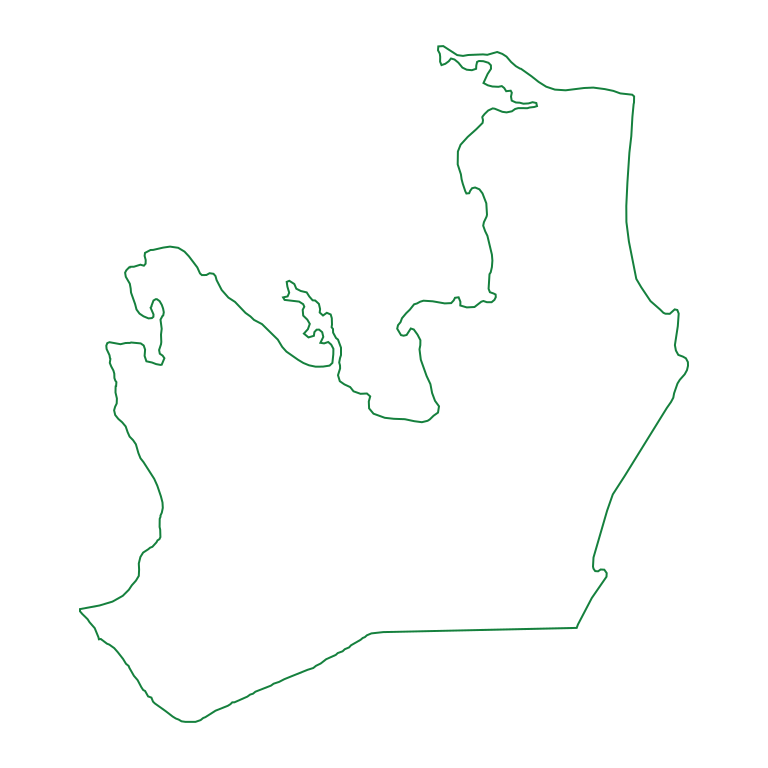 outline of Cidade De Inhambane, Inhambane, Mozambique
{"feature_id": "85939544B19302565001464", "entity_name": "Cidade De Inhambane", "entity_type": "district", "adm_level": 2, "iso_a3": "MOZ", "parent_name": "Mozambique", "parent_adm1": "Inhambane", "projection": "mercator", "projection_center": [35.448, -23.874], "detail": "fine", "context": "isolated", "style": "outline", "palette": "green", "viewbox_px": 768, "rotation_deg": 0, "n_neighbors": 0, "source": "geoboundaries", "source_scale": "gbopen_adm2", "svg_char_len": 6059}
<svg xmlns="http://www.w3.org/2000/svg" viewBox="0 0 768 768"><path d="M98.9,639.3L100.8,639.0L107.0,643.7L109.3,644.6L114.2,648.1L117.8,652.2L123.1,659.0L126.0,663.8L128.6,665.9L129.4,667.9L133.9,675.8L137.6,680.1L141.4,687.3L143.2,690.0L145.1,691.0L148.1,696.4L151.4,697.6L153.0,701.6L154.8,703.4L165.6,711.1L172.6,716.5L175.8,718.5L178.7,719.6L181.5,721.3L185.6,721.9L195.4,721.9L200.6,720.1L203.2,718.0L205.3,717.2L215.5,710.7L227.8,705.8L230.4,704.2L232.3,702.3L234.5,702.3L247.4,696.6L250.1,694.6L253.0,693.7L255.4,691.7L271.0,685.6L273.6,683.7L279.1,681.9L284.3,679.2L291.2,676.4L307.6,669.8L313.3,668.0L316.0,665.8L320.7,663.5L326.2,659.2L335.8,654.9L337.7,653.1L342.6,651.3L344.8,649.2L349.1,647.4L351.0,645.3L360.6,639.8L362.7,638.0L364.9,637.1L366.9,635.3L371.4,633.4L383.3,632.1L576.7,627.9L577.9,624.6L591.8,598.0L606.5,576.7L606.7,573.1L604.3,569.7L600.6,569.5L598.1,571.3L595.2,571.1L593.5,568.7L593.0,566.6L593.5,557.5L607.1,510.7L612.8,494.4L624.8,475.8L666.8,408.0L671.0,402.0L673.3,397.7L674.1,393.3L677.5,383.5L679.8,379.8L684.7,374.3L687.0,370.1L688.0,365.8L687.9,362.1L685.9,358.3L682.9,356.6L678.3,354.9L675.9,350.5L674.9,345.1L677.8,326.2L678.7,313.6L677.3,310.0L674.7,309.4L669.8,313.8L665.4,313.7L663.4,312.8L660.2,309.6L650.5,301.1L641.2,287.2L636.3,278.9L628.9,241.5L626.4,221.9L626.3,205.9L627.4,182.7L629.4,152.6L631.3,136.1L632.4,116.9L633.6,104.3L634.0,102.5L634.1,96.4L632.2,94.7L620.3,93.4L613.4,90.9L604.8,89.1L593.3,87.6L584.1,88.0L565.6,90.3L554.9,89.6L546.2,86.7L538.6,81.9L531.4,76.2L521.0,68.8L520.0,68.6L515.9,66.2L511.1,62.0L506.5,56.6L502.3,53.9L497.1,52.0L487.3,54.8L483.0,54.4L468.2,55.0L463.0,55.9L457.2,55.1L443.3,46.1L438.3,46.4L438.0,50.3L439.8,53.7L440.2,56.9L440.1,61.7L441.5,65.1L445.3,63.8L448.7,61.3L451.0,58.5L454.5,59.5L458.4,62.7L462.4,67.6L466.7,69.7L471.9,70.2L476.1,68.8L476.3,65.4L477.1,61.9L479.0,61.0L483.3,61.2L488.5,62.8L490.9,65.3L491.0,68.8L487.6,74.0L483.5,83.0L487.8,85.3L492.4,86.5L498.4,86.8L501.8,86.1L504.2,88.0L506.2,91.2L510.7,90.7L511.8,92.7L511.0,96.6L511.7,100.6L515.9,102.5L519.7,102.7L523.4,103.7L528.6,103.4L532.6,102.2L536.3,103.0L537.0,106.1L534.2,107.0L529.7,107.5L527.4,108.2L518.3,108.1L515.1,109.0L511.9,111.3L506.6,112.4L502.3,111.8L494.7,108.7L492.7,108.4L488.2,110.5L484.6,114.0L482.5,116.6L482.3,117.3L483.0,120.1L482.6,122.9L476.2,129.3L467.8,136.8L460.6,144.7L457.9,151.5L457.7,164.4L460.9,174.3L461.6,179.3L462.8,183.8L465.3,191.3L466.4,193.5L469.2,193.2L470.2,190.8L472.1,188.2L475.1,187.5L479.4,189.3L482.5,193.4L486.3,203.3L487.0,214.7L486.6,216.5L483.9,222.2L483.2,225.7L485.2,231.3L487.4,235.8L491.9,254.6L492.4,260.6L491.9,267.1L490.7,272.3L489.5,274.2L488.6,288.8L489.9,292.2L493.6,293.5L495.6,294.5L495.8,297.1L494.4,299.9L491.6,302.2L486.9,302.2L483.4,301.0L481.3,301.7L474.5,307.0L466.8,307.4L460.3,305.5L460.4,301.8L458.6,297.3L455.0,297.8L453.7,300.4L451.2,303.1L444.7,303.4L432.7,301.3L423.5,300.7L420.2,301.7L416.9,303.5L414.1,304.3L409.8,309.7L406.2,313.2L402.0,318.2L400.5,322.2L398.0,325.2L397.2,328.7L401.0,335.1L403.6,335.7L406.6,335.0L410.8,328.5L413.8,329.5L417.5,334.6L420.4,340.2L420.3,345.2L419.5,349.3L420.8,359.7L426.6,376.0L430.4,384.1L432.1,393.0L435.0,400.8L439.0,406.3L438.0,412.6L433.6,415.7L429.8,419.4L427.6,420.8L421.9,422.2L414.3,421.2L404.8,419.2L393.8,418.8L384.8,417.8L373.5,413.7L369.1,408.4L368.8,401.5L370.2,396.4L366.9,393.5L360.5,393.8L353.5,391.3L350.2,387.1L344.4,384.4L339.8,381.2L338.0,375.2L340.1,368.4L340.0,365.4L339.2,362.5L340.0,358.2L341.0,355.1L341.0,347.7L338.0,339.6L336.0,338.0L333.1,332.6L333.0,329.0L331.6,327.2L332.0,324.6L331.8,318.2L330.7,314.5L326.8,312.8L323.0,315.5L319.7,312.5L320.1,309.1L318.9,303.9L315.2,300.5L312.6,300.3L309.3,296.5L306.7,292.4L300.8,291.0L296.3,288.7L294.3,284.0L289.3,280.8L286.7,281.9L287.4,286.7L289.2,292.7L287.6,296.4L283.1,297.4L284.6,299.9L299.1,301.6L303.2,304.2L304.3,306.7L302.7,309.8L303.2,315.6L307.3,319.6L309.8,323.9L307.9,329.2L303.9,333.6L308.5,337.4L313.9,335.8L314.4,332.1L316.6,329.7L319.1,329.6L322.2,332.2L323.3,336.9L320.4,342.8L324.1,343.4L328.2,342.0L331.2,344.6L333.4,348.8L333.3,354.3L332.4,362.9L329.6,365.6L323.0,366.6L315.7,366.7L309.0,365.3L303.4,363.0L298.1,359.8L286.4,351.6L282.2,346.9L277.8,339.6L262.0,324.1L254.0,319.9L250.5,316.5L245.5,312.9L235.0,301.9L228.4,297.6L221.7,290.0L216.6,280.1L215.5,276.1L213.5,273.8L209.6,273.2L206.4,275.0L201.9,275.1L200.0,273.4L197.3,267.4L188.9,256.3L184.5,251.6L178.2,247.8L170.0,246.6L163.2,247.6L153.2,249.9L150.5,250.0L145.0,252.9L144.6,255.9L145.7,260.0L145.6,263.7L143.9,265.7L140.4,264.7L134.0,266.7L130.2,266.8L129.8,267.5L129.1,267.4L126.3,270.3L125.1,272.7L125.8,276.8L129.8,283.7L130.7,288.6L131.0,292.5L135.1,304.1L136.5,309.5L139.5,313.6L143.5,316.3L148.5,318.4L151.9,318.1L153.4,316.8L153.5,314.4L150.6,307.7L151.5,306.5L151.5,305.8L153.5,300.5L155.7,299.2L156.9,299.2L159.6,301.1L161.8,304.9L163.1,308.6L163.8,312.3L163.2,315.5L162.5,315.9L160.5,319.7L161.7,328.8L161.0,334.6L161.3,342.0L161.0,344.3L159.1,350.0L159.8,353.7L162.6,355.6L164.4,358.2L161.7,364.7L160.4,364.9L156.1,364.1L152.0,362.5L146.4,361.3L144.6,355.9L145.1,349.6L143.7,345.5L140.7,343.4L131.1,342.5L130.0,342.9L125.6,343.0L120.5,344.2L109.5,342.2L107.3,343.1L106.3,345.7L106.6,349.0L109.5,355.2L110.0,358.2L110.4,358.8L109.8,362.9L111.2,366.4L113.4,370.5L114.3,373.7L114.4,378.0L115.3,380.6L116.4,382.1L116.1,386.1L115.7,386.2L115.6,386.8L115.5,392.5L116.9,398.5L116.7,403.5L115.1,406.8L114.1,410.3L115.2,415.0L118.3,418.9L122.2,422.3L125.7,426.5L127.6,432.1L129.6,436.6L133.1,440.2L135.9,444.3L138.4,453.1L140.5,458.3L143.5,462.1L154.2,478.8L157.3,485.7L160.9,496.3L162.5,502.5L162.8,507.9L161.8,512.7L160.5,515.5L160.5,516.8L159.7,518.8L159.6,527.0L160.2,529.7L160.4,537.1L159.4,539.2L157.5,540.4L156.5,542.3L152.4,546.8L150.1,547.7L148.2,549.3L143.1,552.6L140.4,557.0L138.8,563.5L139.1,569.6L138.8,575.9L135.9,580.7L131.8,585.3L128.9,589.7L122.8,595.8L112.5,601.6L99.5,605.5L80.0,609.1L80.0,611.3L82.1,613.8L87.6,619.2L89.6,622.3L94.7,628.1L98.5,637.4L98.9,639.3Z" fill="none" stroke="#15803d" stroke-width="2"/></svg>